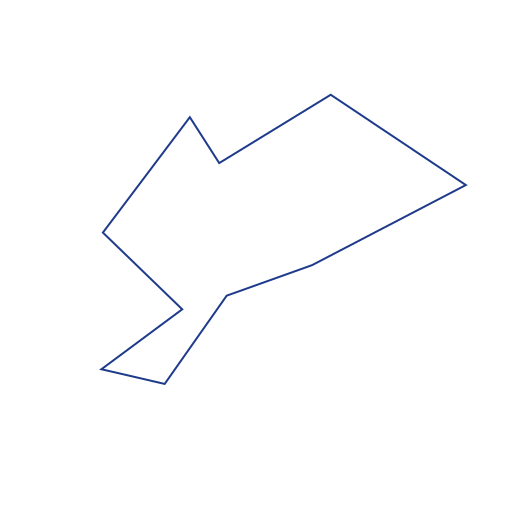 Galax, Virginia, United States of America, rotated 31°
{"feature_id": "52423323B65512334983312", "entity_name": "Galax", "entity_type": "district", "adm_level": 2, "iso_a3": "USA", "parent_name": "United States of America", "parent_adm1": "Virginia", "projection": "orthographic", "projection_center": [-80.921, 36.66], "detail": "fine", "context": "isolated", "style": "outline", "palette": "blue", "viewbox_px": 512, "rotation_deg": 31, "n_neighbors": 0, "source": "geoboundaries", "source_scale": "gbopen_adm2", "svg_char_len": 295}
<svg xmlns="http://www.w3.org/2000/svg" viewBox="0 0 512 512"><g transform="rotate(31 256 256)"><path d="M176.6,195.3L127.8,171.1L112.7,314.8L220.2,339.7L181.8,432.7L243.6,412.7L251.3,305.1L308.8,234.9L399.3,87.1L237.0,79.3L176.6,195.3Z" fill="none" stroke="#1e3a8a" stroke-width="2"/></g></svg>